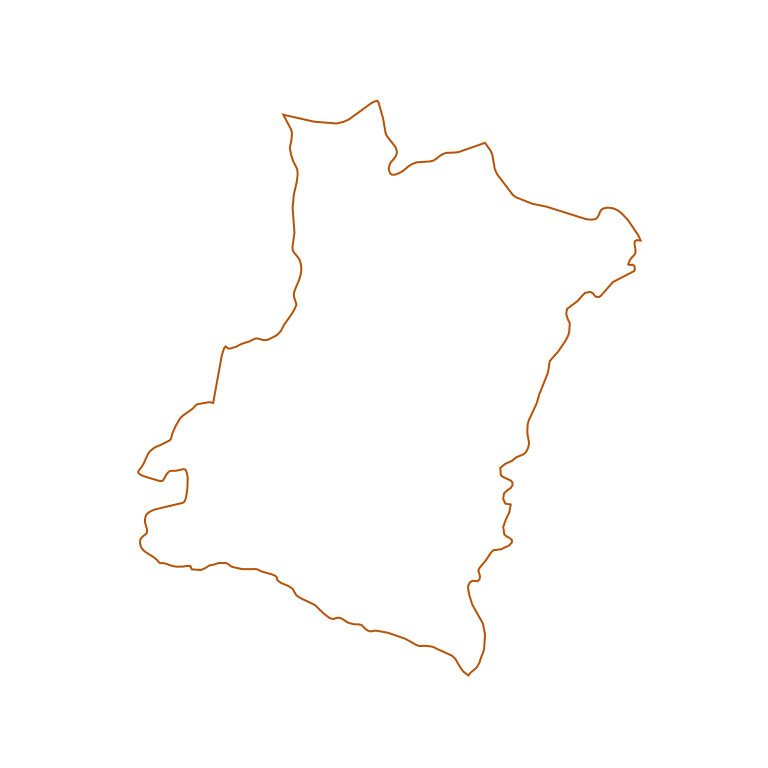 SVG path tracing the border of San Pedro, rotated 209°
{"feature_id": "PRY-606", "entity_name": "San Pedro", "entity_type": "Department", "adm_level": 1, "iso_a3": "PRY", "parent_name": "Paraguay", "parent_adm1": "", "projection": "natural_earth1", "projection_center": [-56.605, -24.173], "detail": "fine", "context": "isolated", "style": "outline", "palette": "amber", "viewbox_px": 768, "rotation_deg": 209, "n_neighbors": 0, "source": "natural_earth", "source_scale": "10m", "svg_char_len": 4762}
<svg xmlns="http://www.w3.org/2000/svg" viewBox="0 0 768 768"><g transform="rotate(209 384 384)"><path d="M602.6,570.7L572.4,579.5L551.9,588.8L546.6,593.5L542.9,598.5L531.6,622.8L529.4,626.3L527.2,628.5L525.0,627.4L513.1,615.3L504.5,604.5L502.8,603.0L501.2,602.0L489.4,597.1L486.9,595.1L485.1,593.0L484.4,590.8L484.2,588.3L484.4,586.1L485.5,581.4L485.3,578.1L484.2,574.4L480.9,571.2L478.6,570.9L475.8,572.5L473.4,575.3L471.3,578.5L469.6,582.2L468.3,585.9L466.0,590.1L462.6,593.9L451.6,601.0L448.9,603.6L447.3,606.7L446.1,609.9L444.2,613.4L441.7,616.3L433.9,621.0L431.2,623.0L412.6,643.9L403.1,639.3L401.9,638.1L400.6,637.2L391.2,625.6L386.8,622.3L362.9,611.8L358.9,611.3L341.7,613.5L327.7,617.9L287.4,626.1L284.0,627.4L282.0,628.5L279.6,630.2L278.8,631.2L278.4,632.3L278.0,634.0L278.0,635.7L278.1,636.8L278.5,638.7L278.5,639.9L278.4,641.3L277.9,642.8L276.5,644.6L273.7,646.8L268.6,648.8L263.9,649.2L259.2,648.6L250.4,645.8L233.8,637.4L229.1,633.9L232.6,632.4L233.8,630.5L232.9,628.0L229.9,624.4L227.7,620.9L227.6,618.1L228.5,615.3L229.0,611.8L228.4,607.0L226.7,607.2L224.5,608.9L222.2,608.6L220.1,605.8L220.0,604.0L233.2,584.2L237.0,566.6L237.9,564.5L240.9,563.0L243.1,563.6L245.3,564.7L248.3,564.5L252.2,561.3L253.7,556.5L254.8,550.7L260.3,538.4L258.6,533.6L254.6,529.7L251.1,527.4L249.2,523.5L247.4,519.7L246.4,515.6L246.2,509.5L247.4,496.9L249.6,487.1L250.1,484.1L247.1,476.4L245.9,472.0L243.2,450.2L241.1,441.2L239.7,422.2L238.7,418.2L235.9,412.5L233.9,409.3L229.0,403.4L227.9,401.2L227.1,398.6L226.8,394.6L226.9,392.8L227.2,391.5L228.1,389.9L232.7,384.1L234.8,378.9L239.3,372.9L241.6,366.9L237.6,361.0L235.3,360.4L226.1,361.0L223.6,359.9L222.5,357.3L222.8,354.2L224.4,351.4L226.0,346.5L224.0,341.2L219.8,338.2L214.7,340.1L212.2,332.5L211.7,324.4L210.5,316.9L205.8,310.7L203.2,310.2L199.7,310.2L196.6,309.6L195.3,307.4L196.2,303.8L198.1,300.8L200.0,298.5L200.8,297.0L201.8,296.0L207.7,291.6L208.7,288.6L209.4,279.1L211.2,270.0L211.3,267.6L210.4,265.9L208.5,264.2L206.6,262.0L205.7,259.0L206.7,256.7L211.3,254.8L212.7,251.9L212.6,248.7L211.5,246.2L207.6,241.3L199.8,233.8L181.3,222.4L174.2,213.9L167.8,200.4L167.0,196.1L166.7,192.8L165.4,186.3L165.4,182.5L166.1,179.2L168.3,173.5L168.9,170.0L175.4,171.0L178.5,172.4L179.7,173.2L181.1,173.8L187.7,177.8L188.9,178.3L191.7,179.1L193.4,179.3L210.4,177.9L211.0,178.0L213.0,177.9L215.7,177.2L220.9,175.1L225.2,172.4L227.2,171.7L229.9,171.4L241.8,171.5L260.1,168.3L271.4,164.4L273.3,163.2L274.3,162.2L275.5,161.3L277.0,160.7L278.9,160.5L281.5,160.8L283.5,161.3L285.5,162.1L287.1,162.2L289.1,161.7L294.0,159.2L297.6,158.3L300.3,157.8L306.7,158.3L308.9,158.1L310.6,157.5L312.2,156.2L314.4,153.9L316.1,153.3L318.4,153.0L324.6,153.8L337.5,157.2L352.4,156.3L356.0,156.4L358.6,156.9L364.8,160.6L367.3,160.9L370.7,160.9L377.3,160.1L380.5,160.4L382.6,161.0L384.3,163.2L386.7,163.5L390.5,163.0L398.7,161.0L402.4,160.5L404.9,160.5L406.7,159.8L418.1,153.4L428.3,150.4L430.6,150.5L432.2,150.8L433.8,150.9L435.7,150.7L441.8,147.3L445.2,143.6L448.7,140.7L450.8,136.8L454.0,132.5L462.3,128.7L465.0,130.9L466.1,130.5L468.2,129.3L471.1,127.0L477.1,123.5L481.9,122.0L487.3,121.2L490.1,120.4L492.5,119.0L493.8,118.8L497.8,120.2L501.2,120.8L512.0,121.5L515.7,122.6L517.9,124.0L519.9,126.1L521.1,128.2L521.7,130.1L521.6,131.9L521.0,133.9L519.7,137.0L519.3,138.6L519.6,140.1L520.8,142.0L525.1,146.2L526.1,147.4L527.2,149.3L528.0,151.5L528.4,153.2L528.5,154.3L528.1,156.0L527.5,157.6L525.8,160.4L523.7,163.1L502.5,182.4L501.6,183.9L501.6,186.0L502.2,188.6L503.5,192.7L505.6,197.8L510.2,206.8L513.3,210.7L515.9,212.7L517.3,212.7L518.7,211.9L522.6,208.3L524.4,206.9L527.3,205.4L528.7,204.3L529.6,202.9L530.2,200.9L530.5,198.2L530.4,193.8L530.7,192.2L531.7,191.2L534.0,190.2L549.7,186.8L553.2,186.6L555.8,187.1L556.4,188.2L556.5,189.7L555.9,193.2L555.6,197.1L556.5,208.4L556.4,210.2L556.0,211.9L554.3,216.3L552.7,218.8L550.0,222.1L544.3,230.5L543.8,231.8L543.9,233.3L545.1,238.0L545.9,245.5L545.7,253.3L545.6,255.2L545.2,256.9L544.1,259.9L539.6,269.1L538.2,274.3L537.8,275.3L537.2,276.0L528.6,283.0L526.2,284.1L524.2,284.5L539.9,330.9L541.2,337.9L540.7,340.1L539.1,339.6L538.5,339.6L537.4,339.6L536.3,340.1L535.2,340.9L531.3,345.0L528.1,349.9L522.3,356.1L519.0,360.9L517.9,361.9L516.6,362.5L510.4,364.1L509.1,364.8L508.0,365.6L506.9,366.5L501.9,373.9L501.1,375.5L499.9,380.2L500.1,387.0L498.6,401.3L498.6,407.2L499.1,411.1L504.6,416.3L506.0,418.0L507.1,420.8L507.7,424.3L508.8,434.3L509.9,439.0L511.2,442.7L512.7,445.6L514.5,448.1L516.6,450.4L518.7,452.0L521.0,453.2L525.8,455.1L527.8,456.1L529.3,457.6L530.5,459.5L535.7,473.0L549.3,493.7L554.7,506.0L558.4,518.8L561.1,525.4L563.9,529.7L571.5,534.9L575.8,538.9L580.7,544.6L583.0,551.7L584.8,556.1L586.4,559.3L589.0,561.8L602.6,570.7Z" fill="none" stroke="#b45309" stroke-width="2"/></g></svg>